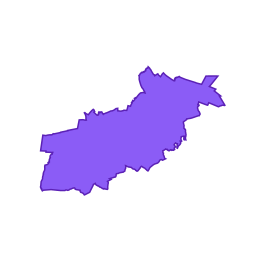 Scoarta, Gorj, Romania (Robinson projection), rotated 162°
{"feature_id": "2599482B81559571756333", "entity_name": "Scoarta", "entity_type": "district", "adm_level": 2, "iso_a3": "ROU", "parent_name": "Romania", "parent_adm1": "Gorj", "projection": "robinson", "projection_center": [23.445, 45.024], "detail": "fine", "context": "isolated", "style": "filled", "palette": "violet", "viewbox_px": 256, "rotation_deg": 162, "n_neighbors": 0, "source": "geoboundaries", "source_scale": "gbopen_adm2", "svg_char_len": 5674}
<svg xmlns="http://www.w3.org/2000/svg" viewBox="0 0 256 256"><g transform="rotate(162 128 128)"><path d="M89.9,180.0L90.1,179.7L90.3,179.6L90.3,179.2L90.7,178.9L91.4,178.9L91.8,179.1L92.5,178.8L92.7,178.3L93.1,178.2L93.1,177.8L93.3,177.7L93.5,177.2L93.7,177.3L93.8,177.3L93.8,177.1L94.1,177.2L93.9,177.0L94.3,176.8L95.0,176.4L95.3,176.3L95.4,176.7L95.8,176.8L96.1,176.4L96.6,176.5L96.8,176.2L97.1,176.2L97.0,176.6L97.4,176.7L97.5,176.4L98.0,176.5L98.1,176.3L99.2,176.2L100.1,175.4L100.4,174.9L101.4,174.6L101.5,173.1L101.9,172.1L102.3,170.9L102.5,168.9L102.6,164.7L102.3,162.1L101.6,160.4L101.3,158.5L101.0,157.3L101.0,156.1L102.5,157.1L105.4,157.5L105.8,157.2L107.2,156.6L110.1,154.7L110.9,154.0L111.5,154.5L111.8,154.1L112.2,154.3L112.8,154.2L112.8,153.9L112.6,153.3L113.0,152.9L114.5,151.9L115.1,152.6L115.4,152.1L116.7,151.1L116.3,150.7L118.5,148.6L118.9,147.9L121.1,149.2L122.6,146.7L123.8,145.1L126.4,146.2L127.2,146.0L129.6,146.2L132.4,147.5L131.7,149.9L132.2,149.9L133.3,150.2L134.2,149.9L136.2,149.3L137.8,149.2L139.1,149.5L141.5,149.2L144.0,149.0L145.0,149.1L145.6,148.9L146.4,148.9L146.7,149.1L147.3,148.7L147.9,150.2L147.8,150.5L148.0,151.4L148.4,151.4L148.8,151.7L149.1,151.6L149.6,151.2L150.4,151.3L150.5,151.4L150.3,151.6L150.2,152.0L150.7,152.3L150.9,152.1L150.6,151.9L151.3,151.5L151.5,150.8L151.9,150.5L151.7,150.2L151.9,149.9L152.1,149.8L152.4,149.9L152.7,149.5L153.1,149.7L153.4,149.7L153.9,150.4L155.6,153.6L154.6,154.1L154.7,154.3L154.8,155.8L155.3,156.5L157.2,155.7L159.9,154.1L161.6,152.9L163.5,154.6L164.3,156.0L164.8,155.9L164.5,154.6L164.4,152.6L164.6,151.4L165.2,149.6L165.2,148.4L166.2,148.6L168.2,149.8L171.9,150.8L176.2,143.1L186.0,144.3L186.0,144.0L193.4,144.8L193.5,144.5L200.4,145.3L200.9,145.7L202.2,145.1L203.3,145.2L203.6,145.4L205.1,145.8L206.9,146.1L208.5,146.2L211.2,147.5L218.2,133.3L213.1,131.4L213.5,130.4L208.0,128.3L207.1,128.1L207.2,127.8L207.7,127.4L208.1,127.3L208.1,126.9L208.2,126.6L209.0,126.7L209.3,126.6L210.7,125.5L211.0,124.8L211.0,124.0L211.0,123.9L211.4,123.8L211.4,123.5L212.5,122.5L212.9,121.2L213.1,121.1L213.0,120.9L213.2,120.3L213.4,120.6L214.0,120.0L214.5,119.9L214.4,119.7L214.6,119.5L214.5,119.0L215.3,118.5L215.8,118.2L218.5,118.3L219.2,116.9L219.7,115.0L220.3,113.7L222.0,111.9L222.9,110.4L222.7,110.2L224.1,108.2L224.6,107.2L225.0,106.0L227.2,103.8L228.7,100.2L229.5,98.9L229.0,97.0L229.4,97.0L228.9,94.7L227.7,95.0L220.2,93.2L211.3,89.3L207.3,88.0L206.6,88.3L205.7,88.1L204.5,87.3L203.2,87.3L202.2,87.7L200.7,87.6L199.6,87.8L197.7,87.7L197.3,87.5L197.1,87.0L197.2,86.2L196.4,85.5L192.8,83.6L193.1,82.5L192.8,81.4L192.2,81.1L190.9,79.8L190.5,79.0L190.3,78.0L190.1,77.8L184.3,78.7L182.4,80.7L179.2,83.9L178.3,85.1L177.9,85.0L176.3,85.5L176.1,84.2L175.8,83.5L175.1,82.9L174.8,82.4L173.9,81.9L173.5,81.2L173.3,80.7L172.4,80.1L171.6,79.2L171.2,78.5L170.7,78.2L170.3,77.6L169.5,77.5L169.5,77.8L169.4,77.8L168.8,77.1L168.2,76.9L166.7,76.0L166.4,76.0L165.9,76.7L165.5,78.3L164.4,80.7L163.7,81.9L163.6,82.4L164.0,83.6L160.0,84.3L161.1,85.5L156.0,85.4L155.0,85.3L154.1,86.2L153.7,87.4L153.1,88.1L151.5,87.8L149.8,88.0L145.9,87.5L145.2,87.9L144.5,87.9L144.2,88.2L143.8,89.2L142.7,90.4L142.4,91.3L142.1,91.7L141.9,92.3L141.9,93.0L141.7,92.9L140.9,91.9L139.3,90.6L138.5,90.3L138.1,90.0L137.0,89.5L136.4,88.2L135.8,87.4L134.8,87.0L134.1,86.3L133.9,85.9L133.8,85.3L133.1,84.8L133.1,84.6L132.9,84.2L132.2,84.1L131.5,84.4L128.7,86.3L128.6,86.6L127.5,87.3L127.0,87.4L126.6,87.0L126.4,86.6L126.1,86.5L125.8,85.8L124.4,84.6L124.0,83.6L123.3,82.6L123.2,82.1L122.3,81.0L121.3,81.7L120.0,83.0L119.2,83.7L115.5,85.1L114.0,85.5L110.6,85.5L109.0,86.3L107.6,87.6L106.7,87.8L105.7,87.5L105.3,86.8L105.0,86.7L101.8,87.1L102.3,87.6L102.5,87.9L102.4,90.2L102.6,91.3L102.5,92.3L102.0,93.1L102.4,93.8L102.3,94.3L101.9,95.1L101.9,95.6L100.3,95.8L98.7,96.4L98.3,95.9L97.8,95.6L97.4,95.7L97.0,95.1L97.2,94.8L97.0,94.5L96.0,93.6L95.3,93.8L94.4,94.2L93.7,93.4L93.0,93.7L92.5,93.1L91.8,92.8L91.5,92.8L91.3,93.1L90.3,93.1L90.2,93.2L90.4,93.9L90.2,94.7L88.5,95.4L88.8,95.9L88.8,96.3L89.2,96.9L89.1,97.2L89.3,97.8L88.6,98.5L87.3,99.1L86.7,98.1L85.9,97.8L86.1,97.5L86.7,96.0L86.2,95.7L87.4,94.4L87.5,93.5L87.3,93.4L85.8,95.2L83.7,96.2L82.7,97.1L82.3,98.1L82.3,98.7L82.4,99.3L81.1,98.9L81.0,99.6L81.2,100.6L81.0,101.5L80.7,102.1L80.4,102.3L80.3,103.0L80.0,103.3L78.0,103.1L76.8,102.7L77.0,102.1L78.0,101.4L78.4,99.7L78.0,99.4L77.8,99.9L77.6,99.9L77.2,99.6L76.8,99.0L76.7,98.9L76.6,99.3L76.7,99.7L76.4,100.8L76.3,101.3L75.7,102.0L75.0,103.5L74.8,104.1L74.7,105.6L74.5,106.0L74.5,106.8L73.9,108.3L74.0,109.2L74.5,109.4L74.6,110.0L74.9,110.6L74.5,111.4L74.5,112.0L74.0,112.6L73.7,115.8L73.4,116.7L69.6,117.9L69.4,118.5L65.7,117.9L63.9,117.8L58.9,117.9L57.1,117.9L56.4,117.7L56.2,118.1L55.4,118.6L55.1,119.1L55.2,121.2L55.8,122.9L55.7,125.4L55.2,126.7L53.5,127.4L53.4,127.9L53.5,128.2L54.4,128.6L53.2,130.0L52.7,130.9L45.8,125.4L45.3,125.1L45.1,125.1L43.4,127.1L35.5,120.3L35.1,120.2L34.0,120.5L32.6,120.4L31.3,120.5L30.5,120.3L29.4,119.6L28.9,119.6L28.9,120.0L31.2,130.1L30.0,129.9L34.5,136.6L32.5,137.8L37.8,142.3L34.1,144.6L26.5,149.6L28.3,150.3L37.8,153.3L44.5,146.8L49.1,149.7L49.7,150.3L58.4,156.5L62.6,160.0L63.4,161.2L63.9,161.0L64.6,161.1L65.2,160.8L65.8,161.2L67.1,161.2L67.0,160.8L67.1,160.6L67.7,160.8L68.4,160.4L68.4,160.2L68.5,160.0L68.3,159.6L68.4,159.4L68.5,159.2L68.8,159.3L68.9,159.1L69.0,159.4L69.5,158.9L69.6,159.0L69.9,158.9L71.4,160.6L75.4,165.9L76.3,167.4L77.3,169.5L78.7,168.8L81.2,166.7L82.6,168.9L82.8,170.1L82.9,170.3L83.6,170.1L83.8,170.2L86.4,169.4L86.5,170.0L86.3,170.1L86.3,170.3L87.2,171.0L87.3,171.4L88.1,174.7L88.3,176.2L88.7,177.1L89.0,178.3L89.9,180.0Z" fill="#8b5cf6" stroke="#5b21b6" stroke-width="1.5"/></g></svg>